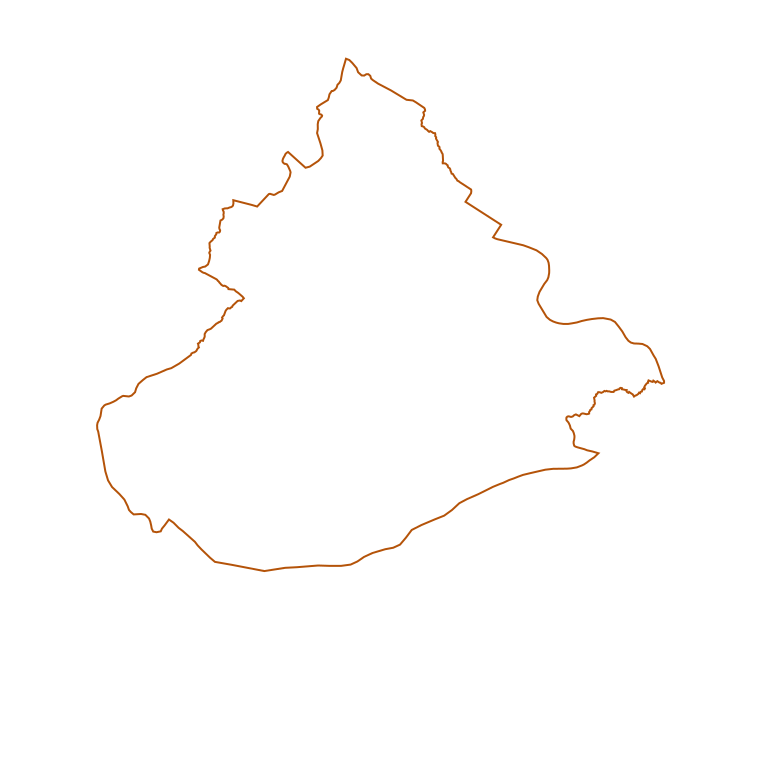 Prey Chhor, Kâmpóng Cham, Cambodia (orthographic projection), rotated 124°
{"feature_id": "14789045B91228863328058", "entity_name": "Prey Chhor", "entity_type": "district", "adm_level": 2, "iso_a3": "KHM", "parent_name": "Cambodia", "parent_adm1": "Kâmpóng Cham", "projection": "orthographic", "projection_center": [105.196, 12.105], "detail": "fine", "context": "isolated", "style": "outline", "palette": "amber", "viewbox_px": 768, "rotation_deg": 124, "n_neighbors": 0, "source": "geoboundaries", "source_scale": "gbopen_adm2", "svg_char_len": 6166}
<svg xmlns="http://www.w3.org/2000/svg" viewBox="0 0 768 768"><g transform="rotate(124 384 384)"><path d="M321.5,167.5L323.4,173.5L325.4,178.6L326.0,181.4L328.3,188.2L328.9,190.5L328.8,191.8L327.3,193.5L325.9,194.5L323.6,195.3L321.5,196.4L320.4,197.2L318.6,199.2L317.3,201.1L316.6,204.3L314.5,206.6L313.4,208.4L312.7,209.7L312.0,212.4L311.0,213.3L309.7,214.0L308.4,213.7L307.5,212.8L306.7,210.5L305.4,209.4L303.4,208.9L301.9,207.9L301.4,204.1L298.6,203.8L297.6,203.2L296.9,202.1L295.8,199.2L294.8,198.1L293.8,197.4L292.5,198.3L291.3,198.2L290.1,198.5L289.1,197.8L287.9,198.4L285.3,197.8L284.4,198.5L283.3,198.0L282.0,198.4L280.9,199.6L279.9,200.2L277.9,202.2L275.1,201.5L274.1,202.4L272.9,201.7L271.0,201.9L270.2,200.5L269.8,198.9L268.2,197.9L266.5,197.4L266.2,196.2L265.2,195.6L265.0,194.3L264.2,193.3L263.6,191.3L262.2,189.2L260.7,189.3L259.4,188.2L257.8,187.1L256.8,186.1L255.8,186.2L254.8,185.6L254.4,184.4L255.3,183.8L254.6,182.3L254.0,180.6L253.3,179.4L254.5,178.8L254.8,177.6L254.6,176.4L253.5,176.4L253.6,173.3L253.5,172.1L254.6,169.7L253.1,169.2L252.1,168.4L249.9,167.6L248.6,167.7L248.4,166.6L247.0,166.9L246.0,166.0L244.5,166.5L243.5,166.4L242.8,165.1L241.6,165.3L241.4,166.4L239.5,166.7L236.5,166.5L235.3,165.7L234.5,166.4L233.1,166.7L232.4,163.4L232.0,162.4L230.6,162.6L230.6,161.0L230.9,159.6L228.8,159.0L228.8,156.3L228.3,155.4L228.7,154.1L226.4,152.5L224.9,153.5L223.0,157.0L215.8,166.2L211.2,172.8L209.7,176.2L206.2,183.1L205.5,186.9L206.3,192.1L208.4,195.9L210.6,199.4L211.6,202.5L211.5,205.6L210.1,209.9L207.2,215.8L205.2,221.4L203.4,227.2L203.8,232.1L206.8,239.1L209.8,243.2L213.9,248.0L217.4,251.7L221.2,255.3L225.1,258.5L228.8,262.3L231.3,265.0L233.9,268.9L235.8,272.8L236.8,275.6L237.6,278.8L238.0,282.3L237.5,286.7L231.0,300.7L228.8,303.8L225.5,305.4L220.6,306.6L211.4,307.1L206.6,306.8L203.6,307.4L199.7,309.1L197.5,310.5L193.7,313.3L191.4,315.4L189.6,317.9L188.9,319.8L187.9,325.7L187.9,332.3L189.6,340.2L191.1,346.1L200.6,371.1L201.2,373.5L201.4,375.6L186.5,375.9L187.4,418.3L177.2,418.5L175.2,419.5L174.1,420.5L174.3,434.3L174.1,435.6L174.4,436.8L173.4,438.9L173.3,440.0L171.4,444.3L171.8,445.6L170.7,446.9L169.8,448.4L168.9,449.2L168.4,450.3L168.5,451.6L168.1,452.6L167.1,453.5L167.1,454.6L166.8,455.7L167.0,456.8L168.2,458.7L167.2,459.5L166.0,459.8L161.1,463.5L160.3,464.4L159.9,465.6L159.2,466.4L158.3,468.4L158.0,469.6L156.6,470.4L156.3,471.4L156.3,472.5L154.3,474.4L153.2,474.6L151.5,478.1L150.3,478.7L149.8,480.2L148.6,480.8L147.5,481.9L148.4,483.5L148.3,484.7L148.5,487.1L149.7,487.6L149.6,488.8L149.2,490.3L149.3,493.0L148.6,494.3L148.7,495.8L149.1,496.9L147.6,498.2L146.4,498.4L144.6,500.4L142.5,500.0L140.7,500.8L139.6,500.8L138.5,501.2L136.8,503.3L134.5,502.7L133.4,503.6L132.6,505.0L132.6,515.0L132.8,518.6L135.8,524.3L136.7,542.3L138.3,556.8L138.3,563.3L138.0,565.5L136.2,567.7L135.9,570.2L137.1,571.9L139.4,572.9L140.7,575.1L140.0,579.8L137.4,583.4L135.6,589.7L134.8,593.9L135.6,597.4L142.7,595.1L145.0,594.4L148.7,593.1L156.5,589.6L159.5,589.4L161.9,589.9L164.9,589.0L167.9,589.4L169.7,590.3L170.4,591.2L174.3,591.2L177.3,590.0L180.0,589.3L187.6,592.8L191.8,594.4L193.2,593.3L193.1,591.7L193.6,590.6L196.2,589.0L196.1,587.7L195.7,586.5L196.1,585.4L197.0,585.1L199.1,585.5L202.8,585.5L205.7,584.2L209.7,581.4L213.4,579.8L220.0,571.3L224.8,565.7L228.9,562.6L232.0,562.6L235.8,563.2L245.3,567.1L248.6,570.0L245.3,593.3L246.8,594.0L248.5,594.3L250.2,594.0L252.2,593.9L254.1,593.6L255.9,592.9L256.7,592.0L257.0,590.9L257.1,589.6L256.5,588.6L256.2,587.3L257.2,585.1L259.9,580.8L260.8,579.8L264.8,578.1L280.9,576.4L284.0,578.5L287.9,580.3L288.9,581.1L290.1,584.9L291.0,585.7L307.8,588.4L309.5,593.8L315.9,611.7L318.5,609.8L320.5,609.0L321.6,609.1L322.9,609.7L324.1,610.8L325.8,611.9L327.4,614.1L329.3,615.5L330.2,614.5L330.7,613.4L332.0,612.4L333.3,611.9L334.9,610.5L336.4,609.8L338.1,610.0L339.9,611.0L346.4,608.1L347.4,607.2L348.2,605.8L349.5,605.2L350.6,605.4L351.4,606.7L352.5,607.4L353.7,606.8L356.0,606.9L357.2,606.1L359.3,606.8L360.6,606.6L363.1,607.3L364.8,607.5L367.3,605.5L368.6,604.7L370.5,602.4L371.5,602.5L373.0,602.2L374.2,600.4L376.9,598.9L380.0,597.7L383.3,596.8L386.6,597.9L388.3,599.6L391.7,601.8L392.8,601.3L392.9,597.0L392.7,595.8L392.2,594.5L390.9,581.8L390.9,580.7L391.3,579.7L391.5,578.2L392.0,577.0L392.2,575.8L392.6,574.8L392.7,573.7L392.6,572.1L391.7,571.2L391.4,570.0L391.5,566.8L392.3,566.0L389.5,560.9L390.0,558.8L390.0,555.8L390.7,550.1L391.3,548.1L395.1,548.7L395.3,550.1L397.0,551.8L403.7,553.3L404.9,553.0L406.0,553.6L407.3,553.8L408.0,554.7L408.4,555.8L410.6,556.2L412.1,556.2L416.5,555.1L418.0,555.4L419.5,555.4L420.0,554.4L422.4,554.1L423.5,554.6L424.6,554.9L425.3,555.7L426.4,555.9L427.6,556.7L434.9,558.4L436.1,559.1L438.0,560.5L440.7,560.8L442.9,560.6L444.7,559.3L445.8,558.9L448.1,558.6L449.4,558.2L450.0,559.7L451.1,560.4L452.4,559.9L454.6,560.8L455.3,559.8L456.5,559.0L457.2,557.9L458.8,558.3L461.7,558.1L463.8,558.9L464.6,559.7L466.4,560.7L467.9,560.3L481.6,565.2L489.8,569.2L493.4,572.2L502.4,577.9L511.1,584.7L515.5,586.1L521.2,587.6L526.2,587.0L530.0,585.8L534.7,586.8L537.0,588.5L539.7,593.6L540.7,594.3L544.7,596.1L547.3,597.0L550.0,598.4L553.5,600.6L556.7,603.2L558.2,603.9L562.3,604.3L569.1,601.1L572.9,600.2L576.3,599.8L578.6,598.8L581.7,596.5L583.2,594.4L597.4,580.4L612.3,566.1L618.2,558.9L621.5,551.8L623.2,541.8L625.0,534.6L628.7,528.1L631.0,525.0L631.7,522.3L632.1,518.6L627.6,512.7L625.9,508.7L626.9,503.6L628.8,500.8L631.5,497.9L633.8,495.7L635.4,492.8L634.1,489.7L631.0,486.7L628.1,487.2L623.8,486.8L616.6,486.5L616.7,480.9L618.1,473.8L618.4,468.6L620.6,452.4L622.0,448.3L623.2,442.9L625.3,431.0L626.0,424.7L619.0,409.0L606.0,378.6L591.7,363.2L584.7,353.9L571.3,337.1L565.7,328.2L558.7,317.8L552.4,310.7L546.0,306.8L538.4,303.8L530.5,299.0L520.3,290.6L514.6,284.8L508.2,280.9L499.2,279.9L489.5,279.4L480.0,274.1L467.7,266.1L459.5,260.5L450.5,257.2L440.7,254.9L433.0,250.8L422.9,244.4L408.4,236.2L402.1,232.0L399.2,229.9L393.7,226.6L389.7,223.6L385.6,220.8L381.6,217.9L375.7,212.5L364.8,202.3L359.7,196.3L351.9,185.0L349.4,181.8L345.3,177.5L340.9,174.4L339.0,173.3L335.9,172.0L332.5,170.9L327.1,168.7L321.5,167.5Z" fill="none" stroke="#b45309" stroke-width="2"/></g></svg>